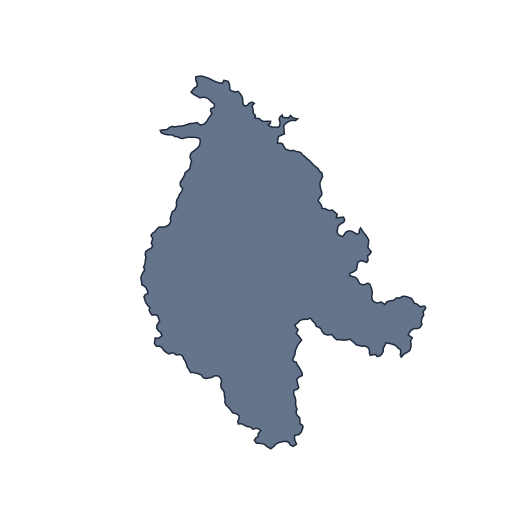 outline of Leopoldina, Minas Gerais, Brazil, rotated 64°
{"feature_id": "56859067B5344227565341", "entity_name": "Leopoldina", "entity_type": "district", "adm_level": 2, "iso_a3": "BRA", "parent_name": "Brazil", "parent_adm1": "Minas Gerais", "projection": "mercator", "projection_center": [-42.645, -21.545], "detail": "fine", "context": "isolated", "style": "filled", "palette": "slate", "viewbox_px": 512, "rotation_deg": 64, "n_neighbors": 0, "source": "geoboundaries", "source_scale": "gbopen_adm2", "svg_char_len": 6140}
<svg xmlns="http://www.w3.org/2000/svg" viewBox="0 0 512 512"><g transform="rotate(64 256 256)"><path d="M285.5,382.6L288.4,384.5L290.2,385.7L293.4,385.1L295.0,381.9L297.6,380.6L300.4,380.2L303.8,378.7L306.1,376.9L306.1,374.2L307.4,372.4L309.9,371.1L310.9,368.2L312.3,366.4L314.6,365.8L316.7,366.1L319.7,365.6L323.2,366.0L325.9,366.5L328.9,365.9L331.9,366.0L333.4,363.2L335.8,360.3L338.9,357.4L342.0,356.8L344.0,355.1L345.8,349.0L345.6,345.4L347.2,342.6L350.3,341.3L353.5,341.8L355.7,343.8L359.1,345.1L361.7,344.6L364.3,344.2L368.2,345.8L371.4,346.6L373.7,348.1L377.0,348.3L380.2,347.0L383.9,346.1L386.6,345.8L388.4,343.8L390.2,342.0L392.7,341.3L394.8,342.8L396.9,345.1L399.2,345.5L400.6,342.3L403.3,340.4L405.5,338.6L407.5,335.8L410.3,334.7L410.9,331.6L412.2,329.6L415.2,328.3L416.6,331.8L419.2,333.5L419.5,336.0L420.9,338.2L424.3,337.8L426.9,333.3L428.9,331.0L432.2,329.6L435.8,327.2L435.0,323.6L433.7,320.3L433.7,316.9L434.8,312.5L436.3,309.3L438.6,308.2L440.9,308.0L443.4,306.2L442.9,302.0L438.9,301.9L436.2,301.1L434.2,299.6L435.3,295.9L434.2,292.6L432.2,290.5L430.3,288.6L428.0,288.5L426.0,290.0L423.4,288.8L420.6,287.7L418.0,288.6L415.7,289.0L413.3,288.1L411.7,286.2L409.0,286.1L406.4,285.3L403.3,283.6L399.8,282.8L396.9,282.8L393.4,280.8L393.9,277.5L393.0,275.2L390.5,274.9L384.7,273.5L383.6,270.5L383.7,266.9L381.3,265.8L374.6,266.1L371.6,266.7L369.1,266.3L367.5,268.3L365.2,268.5L361.5,264.1L358.2,262.1L356.4,259.9L354.5,257.8L352.8,254.6L351.7,251.9L349.0,252.2L345.9,253.0L343.2,253.8L340.8,250.5L337.5,251.3L334.9,251.3L334.6,248.3L333.3,245.2L333.4,242.1L335.4,237.6L335.7,234.3L339.2,233.6L342.6,232.4L345.5,232.7L347.4,231.1L349.6,229.5L352.4,229.7L355.9,229.0L358.5,226.2L359.8,222.3L363.7,221.4L366.6,220.2L368.0,217.2L370.0,214.3L371.2,211.3L372.0,208.0L375.0,206.7L377.3,205.5L379.8,204.9L381.9,202.2L383.8,200.1L384.5,197.8L386.4,196.1L388.7,195.2L390.9,195.6L393.3,196.7L395.4,196.8L396.2,193.5L397.3,191.5L399.5,191.2L400.1,188.7L399.4,186.1L397.6,183.5L394.8,182.2L393.0,179.7L391.0,177.3L392.7,174.9L394.5,172.7L396.4,170.7L398.6,169.3L401.2,168.7L403.2,167.2L406.2,168.2L408.1,169.7L410.6,169.8L409.1,166.2L408.8,162.3L408.4,159.3L405.6,156.5L402.4,155.0L399.9,154.2L398.0,151.4L395.9,152.5L393.7,153.8L392.0,151.6L390.8,149.0L390.5,145.6L391.8,143.4L392.3,140.1L390.2,136.8L387.5,136.3L384.7,134.3L382.8,131.3L379.3,130.1L377.3,126.3L375.1,126.3L374.0,128.6L373.6,131.0L371.2,131.7L369.3,132.8L367.8,134.5L364.7,134.5L362.1,134.9L360.5,136.6L358.6,138.3L356.6,141.4L356.7,145.0L355.3,148.2L356.2,152.0L355.0,155.1L354.5,158.5L356.1,161.4L352.1,163.7L351.5,167.7L348.9,170.1L346.4,170.7L343.2,169.8L340.6,168.0L338.0,166.8L334.6,166.4L331.4,166.0L329.5,167.3L329.2,171.8L326.7,174.8L323.8,175.1L320.7,175.1L318.6,176.2L317.0,178.0L314.6,180.4L312.7,179.3L313.0,175.8L312.4,171.8L309.5,169.5L306.2,167.4L306.3,163.5L308.6,160.9L310.4,159.3L309.0,157.1L306.7,156.4L304.7,155.5L304.2,152.6L302.6,150.5L300.4,151.2L297.1,151.7L294.6,149.8L291.1,147.7L287.9,147.9L285.0,148.2L282.8,148.9L279.9,149.4L276.7,149.7L278.1,151.9L280.5,153.1L280.9,155.5L278.2,157.3L275.7,159.1L274.0,161.8L273.9,164.8L275.3,167.1L276.5,169.7L273.0,172.7L270.1,172.7L267.5,170.9L265.1,169.2L264.1,165.1L264.1,162.5L262.6,160.5L259.4,160.3L258.0,164.2L256.8,167.1L254.2,164.7L251.5,165.8L248.0,167.4L247.5,169.9L245.7,171.7L243.7,173.1L242.3,175.7L239.4,175.0L236.0,175.4L233.3,175.9L231.5,173.3L230.1,170.3L227.4,168.9L224.5,168.6L221.8,167.9L218.8,166.8L216.7,165.0L215.2,163.1L213.6,161.2L209.9,160.4L207.5,161.8L204.7,161.8L202.4,163.0L199.9,164.2L194.0,166.0L191.0,167.4L187.6,168.7L185.0,170.1L182.7,170.3L180.9,172.3L179.5,174.4L177.4,176.0L176.8,178.5L175.1,180.5L173.0,182.6L170.0,182.9L166.7,183.0L165.1,184.7L164.1,187.3L161.7,185.9L158.4,183.4L158.6,179.5L158.7,176.9L155.9,176.0L153.8,175.0L151.3,174.2L149.9,171.5L149.5,168.0L149.6,164.6L151.6,161.3L151.0,158.5L149.3,160.8L147.8,162.4L144.8,163.3L146.2,166.3L144.7,168.6L143.1,171.1L140.7,170.7L141.5,173.4L143.2,175.3L147.0,175.9L150.1,178.3L149.2,181.4L147.4,184.7L145.4,186.8L143.4,187.6L143.2,185.2L141.4,183.8L139.7,187.0L138.5,190.1L136.4,191.9L134.2,192.6L132.9,194.4L131.4,196.6L129.5,194.9L126.2,195.9L123.8,194.6L121.6,194.1L119.2,193.6L118.1,190.6L116.0,192.0L115.6,195.0L116.8,197.4L116.4,200.3L114.2,201.0L111.5,200.2L108.0,198.8L104.6,198.8L100.2,199.9L99.5,202.6L98.0,204.5L95.3,206.7L92.5,205.5L90.2,204.6L86.8,204.5L84.0,207.8L86.0,210.7L84.3,213.0L82.4,215.2L79.7,217.5L76.1,220.1L73.2,223.0L70.3,226.2L69.3,228.9L68.6,231.6L71.4,233.0L75.3,233.3L77.8,234.9L77.9,237.5L79.1,240.3L80.2,242.5L83.1,241.4L86.3,239.1L89.3,237.1L90.0,234.1L91.4,231.9L93.6,230.0L96.2,229.0L99.0,228.0L101.2,226.8L104.2,228.6L103.8,231.9L105.9,233.4L108.3,232.9L109.9,235.3L111.5,238.4L113.5,241.4L114.7,245.0L113.9,248.7L110.2,250.5L109.1,254.7L107.9,257.4L107.4,262.3L107.0,264.8L105.9,267.5L105.1,269.8L104.5,272.1L102.7,274.7L102.6,277.7L103.4,281.0L102.0,283.9L101.1,287.0L103.9,287.1L106.4,284.8L108.6,281.9L110.4,278.2L113.0,276.6L114.7,273.9L116.8,272.5L118.3,270.5L118.7,267.5L119.7,264.6L121.3,261.4L123.0,258.2L125.0,255.7L127.3,255.2L129.7,256.6L132.4,258.8L133.6,262.3L134.4,265.8L134.7,268.2L135.8,270.3L138.7,272.2L142.3,272.2L144.5,274.3L146.4,275.7L148.4,277.1L149.2,279.5L149.9,283.0L152.2,285.1L153.7,287.1L156.5,291.8L159.6,293.2L163.2,292.3L165.4,294.4L167.0,297.6L169.2,300.0L170.6,302.3L172.8,304.0L176.4,305.6L179.0,308.6L179.5,311.8L181.9,314.1L184.5,316.5L187.2,317.3L189.1,319.3L189.9,321.6L189.9,325.3L188.7,328.1L187.5,330.5L188.6,333.8L189.9,336.6L190.2,339.2L191.6,341.5L195.0,341.1L196.8,342.8L198.5,344.5L201.8,344.5L203.1,347.1L203.0,350.3L203.8,353.4L206.5,355.1L208.8,355.4L211.1,357.2L214.1,359.0L216.6,361.8L219.8,362.2L221.3,364.9L223.2,367.2L225.1,369.1L227.5,369.8L229.8,370.3L231.8,371.3L234.0,369.6L236.6,368.8L239.7,368.8L242.4,369.7L242.1,372.4L243.5,374.6L249.2,375.5L253.0,375.0L256.0,374.0L257.9,375.9L260.8,375.9L263.6,375.4L264.7,372.1L266.7,370.5L269.7,371.0L272.3,371.1L273.5,373.4L274.8,375.4L277.3,376.9L279.9,376.6L283.0,375.3L286.4,375.4L287.2,379.6L285.5,382.6Z" fill="#64748b" stroke="#1e293b" stroke-width="1.5"/></g></svg>